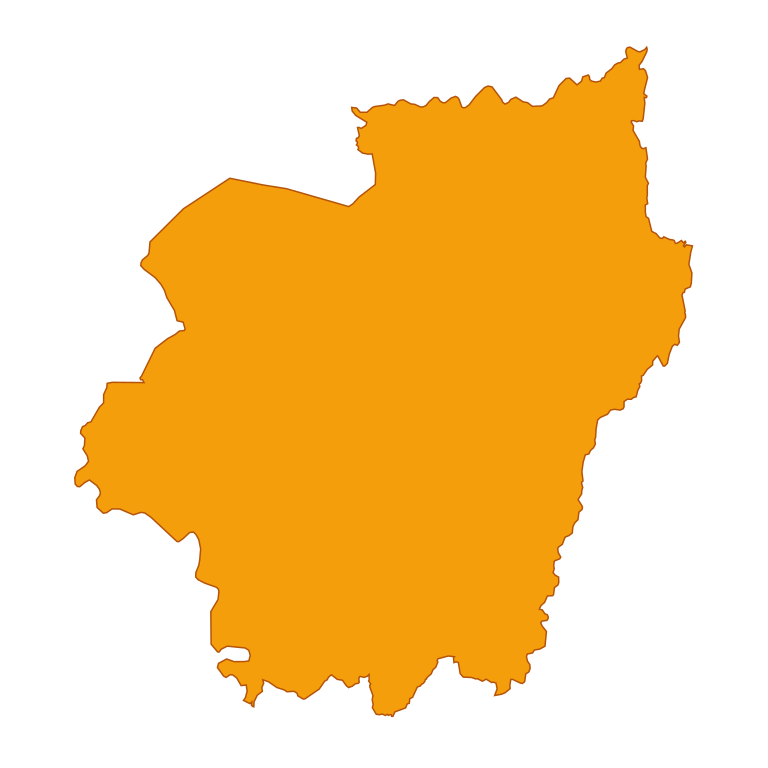 outline of Cuetzalan del Progreso, Puebla, Mexico, rotated 179°
{"feature_id": "50627088B27452602729857", "entity_name": "Cuetzalan del Progreso", "entity_type": "district", "adm_level": 2, "iso_a3": "MEX", "parent_name": "Mexico", "parent_adm1": "Puebla", "projection": "robinson", "projection_center": [-97.512, 20.027], "detail": "fine", "context": "isolated", "style": "filled", "palette": "amber", "viewbox_px": 768, "rotation_deg": 179, "n_neighbors": 0, "source": "geoboundaries", "source_scale": "gbopen_adm2", "svg_char_len": 6028}
<svg xmlns="http://www.w3.org/2000/svg" viewBox="0 0 768 768"><g transform="rotate(179 384 384)"><path d="M87.9,420.5L88.7,426.9L87.9,433.7L81.3,445.2L81.4,448.4L82.1,450.0L81.6,451.8L84.5,467.6L83.4,470.2L82.0,470.5L81.3,473.6L76.0,475.8L75.0,479.3L74.2,489.6L77.1,498.4L75.0,510.3L73.2,516.7L79.2,517.9L81.2,515.8L82.2,516.9L79.7,520.4L80.4,521.5L82.3,519.9L84.1,522.3L88.6,519.6L90.2,519.5L91.3,522.3L92.2,522.9L96.2,523.6L101.7,526.3L103.1,524.7L105.6,525.1L109.3,529.6L113.6,531.9L116.6,545.0L119.0,546.7L119.7,551.3L119.6,558.4L117.2,559.7L118.0,565.4L117.4,568.3L117.3,577.7L116.1,580.0L119.1,586.2L118.1,597.4L118.5,600.3L116.6,604.3L118.0,615.7L120.5,614.8L122.2,615.2L123.8,617.6L124.5,622.3L130.5,633.1L130.0,637.7L132.3,641.7L131.9,642.8L129.7,643.0L126.6,641.8L124.6,642.6L121.1,642.2L120.2,645.0L118.3,660.0L118.8,666.0L116.7,665.7L116.2,666.5L116.2,667.4L119.1,669.4L118.8,672.2L115.1,685.9L117.1,692.7L119.1,694.7L123.1,694.1L123.4,698.2L120.5,701.8L115.5,711.5L115.0,714.1L115.5,716.1L117.5,713.8L122.3,711.6L124.5,712.1L132.1,716.5L134.7,716.1L135.9,714.6L136.5,712.0L135.0,705.6L138.5,704.6L142.0,701.2L144.4,700.9L147.7,699.1L150.7,695.3L156.5,691.0L158.4,686.4L160.4,686.1L162.4,683.1L167.0,682.2L171.4,683.3L173.0,685.0L173.3,688.0L174.4,689.4L179.9,687.6L181.2,683.3L185.8,679.7L193.0,686.6L196.6,686.3L203.8,679.3L209.7,667.2L213.4,666.1L216.7,662.3L221.1,659.3L230.8,659.0L235.5,662.8L240.0,663.7L247.1,668.5L252.3,666.3L254.4,663.5L258.1,661.7L260.5,663.8L261.4,666.2L270.8,679.2L274.8,680.1L278.4,678.6L287.5,669.8L294.0,661.6L297.7,659.0L300.0,658.8L301.5,659.8L304.0,667.4L305.3,669.2L307.4,670.3L311.8,668.8L317.6,664.3L320.0,664.1L322.8,665.7L325.3,669.4L329.0,669.6L333.7,665.7L337.1,661.7L340.4,660.3L342.8,660.4L348.4,663.1L352.3,663.6L359.6,667.8L363.1,667.4L365.2,666.3L368.6,662.3L375.1,664.0L378.4,662.8L388.4,661.6L390.8,660.7L396.3,656.0L403.0,656.1L406.6,660.4L411.5,661.1L411.0,657.4L407.6,653.0L396.6,646.0L397.5,642.9L402.4,639.9L404.5,641.0L406.0,640.9L404.3,632.6L405.5,630.6L407.2,630.2L407.7,627.7L406.5,626.7L406.4,625.1L407.4,623.5L405.6,622.1L405.3,620.3L406.0,618.8L401.3,615.2L395.9,614.1L391.8,614.2L388.7,595.1L389.2,583.6L405.6,571.4L412.1,564.6L416.2,562.0L478.2,581.0L501.3,585.1L534.6,592.4L581.5,562.7L615.5,530.1L616.7,518.9L618.0,516.6L623.4,512.3L624.8,509.5L625.1,506.5L621.7,502.7L611.0,494.4L605.3,487.6L602.0,481.8L599.5,474.0L592.2,461.1L589.8,450.9L583.7,449.3L581.9,442.4L582.7,441.0L587.7,440.5L592.3,436.9L599.5,433.2L612.2,423.7L626.2,396.3L627.9,394.2L627.1,392.4L625.4,392.6L623.9,389.6L655.7,390.4L660.8,389.5L661.2,385.3L664.5,378.3L664.7,370.0L669.0,365.7L677.7,351.2L681.0,350.4L683.4,347.7L686.2,346.6L688.0,342.6L688.2,339.9L684.0,335.2L684.6,327.6L686.2,324.5L681.9,317.3L680.8,311.9L684.2,307.4L692.4,302.0L694.8,295.7L694.5,289.4L692.4,286.9L690.0,286.6L684.8,290.8L680.2,293.2L673.0,287.5L670.4,283.8L669.4,280.1L670.4,277.2L673.5,273.2L673.0,265.5L666.9,259.7L663.6,260.2L658.1,263.8L655.4,263.8L650.3,263.6L637.0,257.6L629.1,259.9L625.4,259.2L619.4,254.9L593.8,230.2L592.1,229.9L587.7,232.8L580.9,238.9L577.0,239.3L574.5,236.6L571.9,231.6L570.2,222.3L571.3,211.4L572.3,206.1L575.4,198.6L575.6,194.2L573.2,191.5L566.6,188.0L555.1,183.7L553.2,181.8L552.7,179.4L553.7,171.4L561.1,159.5L561.4,126.9L555.0,119.0L553.6,118.9L551.2,121.8L545.3,124.6L527.5,122.5L523.8,120.1L522.5,115.0L524.0,109.5L528.2,108.9L538.7,109.0L546.1,111.8L554.3,107.6L555.5,103.4L549.4,94.7L547.0,93.4L542.7,96.1L540.0,95.6L536.3,92.5L532.1,84.9L527.0,85.5L526.2,79.2L528.0,72.9L530.0,70.1L523.5,66.7L521.8,68.4L522.0,64.9L520.9,63.9L519.8,63.5L519.5,68.4L516.2,75.0L510.9,78.9L511.5,82.5L509.5,86.9L510.4,90.4L504.7,88.3L496.4,82.4L488.9,79.8L486.5,78.0L479.6,78.3L478.2,77.7L476.2,76.1L475.6,73.7L470.3,70.4L468.5,70.6L454.1,80.1L448.5,87.9L446.0,89.2L444.7,91.7L441.7,94.2L435.9,89.5L430.7,88.5L427.0,83.1L424.7,81.1L421.0,82.4L417.8,84.8L414.9,85.2L414.0,86.1L414.3,90.3L413.1,92.1L409.1,91.0L405.8,92.1L404.0,93.8L404.0,88.5L404.6,87.3L402.5,84.3L403.5,83.1L403.4,81.1L400.5,72.7L401.3,68.4L400.4,63.7L401.3,60.6L397.5,53.9L394.3,53.4L391.9,54.1L388.3,52.6L386.5,53.6L385.4,52.6L383.7,53.3L382.4,53.1L382.2,51.6L380.9,51.5L378.8,56.0L368.0,59.8L366.4,63.7L364.3,64.4L363.7,69.0L360.9,70.2L356.0,80.4L352.8,81.5L352.0,82.9L350.1,83.9L348.6,85.5L347.7,88.0L346.8,88.2L345.9,89.9L341.9,93.3L340.0,97.5L337.1,100.0L335.0,105.2L335.7,106.4L334.9,108.3L324.6,110.9L318.4,110.1L319.3,109.0L318.9,104.2L316.6,105.0L314.5,104.1L312.9,93.1L309.9,89.6L301.4,89.0L297.4,87.5L295.7,87.7L290.8,85.1L287.0,87.1L281.7,83.7L279.4,83.9L277.2,82.9L276.2,77.2L278.8,70.6L271.8,71.8L268.3,73.2L263.2,77.2L263.4,80.5L262.4,86.4L260.6,86.4L252.6,82.5L250.9,82.2L249.3,83.2L248.5,84.2L247.3,91.7L244.3,93.5L242.9,96.8L243.1,100.8L245.4,104.5L246.3,108.8L245.5,111.5L240.2,112.5L238.2,115.4L233.0,116.2L227.6,119.0L225.9,133.7L230.0,139.1L231.5,142.5L230.2,144.2L225.2,144.8L224.0,146.6L223.9,148.3L224.7,150.4L227.2,151.5L229.7,155.4L232.5,156.0L232.3,157.1L230.8,159.8L227.2,162.9L224.3,169.2L219.2,169.4L218.2,170.3L217.1,177.5L213.6,180.0L212.7,182.5L212.8,187.9L216.4,190.0L218.2,192.4L217.0,196.5L217.5,199.1L217.0,203.3L216.5,204.2L211.4,206.1L210.3,207.8L212.7,212.4L213.2,216.5L212.4,217.9L208.5,220.6L205.6,227.7L201.8,229.2L198.4,231.6L197.6,238.1L195.7,241.8L192.4,245.0L191.4,252.4L188.2,255.1L187.7,257.2L188.2,258.8L192.0,265.1L188.3,270.8L188.2,273.7L187.1,277.1L188.2,281.2L188.1,282.3L186.7,283.6L187.7,292.9L186.2,302.4L184.0,309.6L180.4,310.5L178.7,314.0L175.7,316.5L173.7,320.3L174.3,324.7L173.4,326.7L172.7,335.6L171.0,344.3L168.2,346.8L161.0,349.9L158.0,354.0L154.0,354.7L148.3,353.8L145.3,355.1L144.4,357.0L144.3,362.3L140.8,364.6L137.0,364.4L134.8,366.1L132.1,366.8L130.3,373.4L128.3,376.8L128.8,379.8L127.5,380.4L126.4,382.7L126.4,387.5L124.7,388.1L120.5,394.1L115.1,398.4L114.9,402.1L110.4,407.3L109.7,407.1L104.5,397.1L103.1,397.0L100.3,399.7L98.3,408.8L95.2,416.4L92.8,418.6L90.0,417.6L87.9,420.5Z" fill="#f59e0b" stroke="#b45309" stroke-width="1.5"/></g></svg>